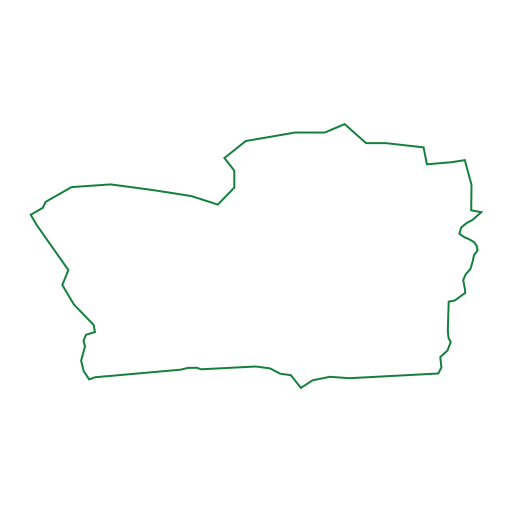 SVG path tracing the border of Smiltenes
{"feature_id": "LVA-5798", "entity_name": "Smiltenes", "entity_type": "Municipality", "adm_level": 1, "iso_a3": "LVA", "parent_name": "Latvia", "parent_adm1": "", "projection": "natural_earth1", "projection_center": [26.061, 57.417], "detail": "fine", "context": "isolated", "style": "outline", "palette": "green", "viewbox_px": 512, "rotation_deg": 0, "n_neighbors": 0, "source": "natural_earth", "source_scale": "10m", "svg_char_len": 1022}
<svg xmlns="http://www.w3.org/2000/svg" viewBox="0 0 512 512"><path d="M471.5,184.7L471.2,210.3L481.3,212.2L472.4,220.0L466.8,222.9L461.2,227.5L459.4,233.8L464.3,237.1L469.6,239.5L474.0,242.1L476.6,245.7L477.6,250.3L474.0,255.2L472.4,262.5L470.4,269.0L465.7,274.3L463.2,280.1L464.8,288.4L465.3,292.8L454.6,300.6L448.7,301.6L447.8,330.8L448.5,337.8L450.7,342.2L447.5,350.5L440.3,357.0L441.4,367.5L438.3,373.5L349.4,378.2L329.8,376.8L312.6,380.3L300.9,387.9L290.9,375.2L280.2,373.7L270.1,368.4L255.8,366.5L201.1,369.3L196.7,367.8L188.0,367.9L180.5,369.7L105.9,376.3L95.4,377.2L89.2,379.4L83.7,371.1L81.1,360.7L85.0,346.4L83.5,340.9L86.0,334.8L94.9,332.0L93.7,325.0L73.9,304.5L62.3,285.0L68.4,270.1L36.9,225.3L30.7,214.8L42.8,207.8L45.7,201.8L71.5,187.1L110.6,184.4L150.3,189.7L191.5,196.1L217.8,204.6L234.3,187.6L234.3,170.7L224.4,158.0L245.8,141.0L295.2,132.5L324.8,132.5L344.6,124.1L366.0,143.1L385.7,143.1L423.6,147.4L426.9,164.3L451.6,162.2L464.8,160.1L471.5,184.7Z" fill="none" stroke="#15803d" stroke-width="2"/></svg>